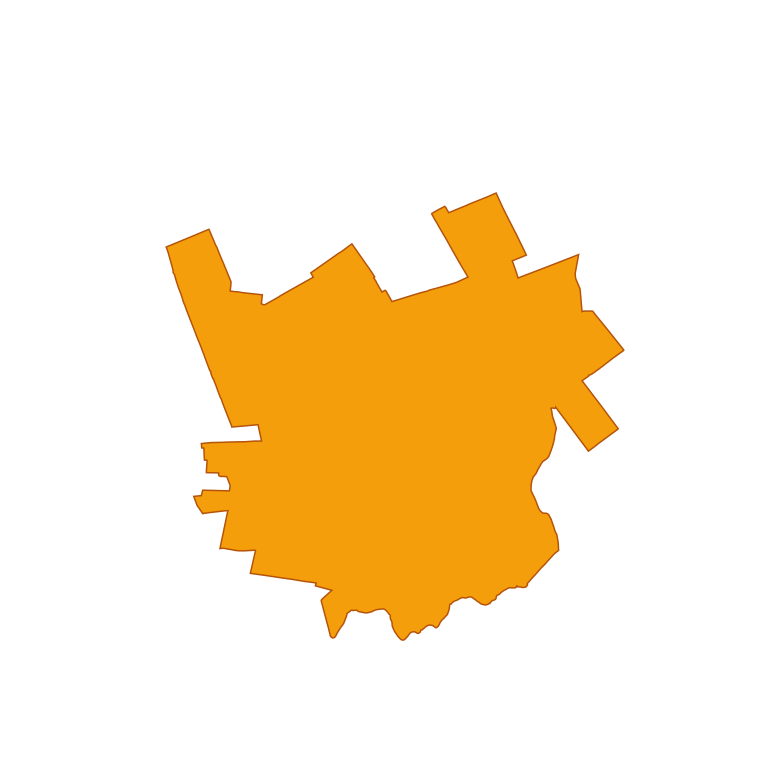 Ileana, Calarasi, Romania (orthographic projection), rotated 319°
{"feature_id": "2599482B99093410988413", "entity_name": "Ileana", "entity_type": "district", "adm_level": 2, "iso_a3": "ROU", "parent_name": "Romania", "parent_adm1": "Calarasi", "projection": "orthographic", "projection_center": [26.682, 44.52], "detail": "fine", "context": "isolated", "style": "filled", "palette": "amber", "viewbox_px": 768, "rotation_deg": 319, "n_neighbors": 0, "source": "geoboundaries", "source_scale": "gbopen_adm2", "svg_char_len": 6147}
<svg xmlns="http://www.w3.org/2000/svg" viewBox="0 0 768 768"><g transform="rotate(319 384 384)"><path d="M531.4,571.5L533.6,542.3L534.3,531.1L535.6,511.6L536.7,511.6L543.7,512.3L544.2,511.6L545.6,512.4L547.8,512.9L554.7,513.5L554.9,513.6L573.8,514.7L586.8,515.9L587.2,515.7L587.3,515.5L588.5,486.6L589.0,470.4L589.3,465.9L583.1,460.4L582.3,459.8L580.9,459.3L592.9,442.9L594.3,440.9L594.5,440.5L595.5,437.3L597.8,430.3L598.8,428.7L600.5,426.4L600.8,426.0L611.8,417.2L615.0,414.6L615.8,414.0L584.8,402.9L554.7,391.9L557.1,386.7L557.8,384.9L561.6,375.2L576.0,380.1L578.3,371.6L578.6,371.2L578.6,370.4L578.9,369.4L582.5,356.3L582.6,355.5L587.7,335.0L589.4,328.6L593.9,313.4L584.6,310.5L569.8,305.3L564.5,303.6L564.4,303.7L553.7,300.0L549.5,298.7L546.1,297.4L545.3,297.3L545.7,294.6L546.4,291.6L546.4,290.6L546.4,289.8L543.1,289.0L538.9,288.0L532.0,286.7L531.8,286.7L531.6,286.9L529.7,295.7L529.7,296.1L529.7,296.7L528.9,300.0L525.8,316.4L523.2,328.6L520.7,341.1L519.0,350.4L517.5,358.4L505.2,354.8L496.8,351.1L479.4,342.7L478.4,342.6L470.5,338.7L444.1,327.0L446.5,315.4L446.5,314.6L446.4,314.2L446.0,313.9L442.8,313.2L444.9,302.4L445.3,301.5L445.9,297.1L447.2,297.1L448.2,290.5L449.0,283.0L451.7,257.2L437.2,256.0L436.7,255.7L401.7,252.1L400.6,257.0L374.6,251.6L363.1,249.3L362.1,249.3L346.5,246.1L345.9,245.8L344.9,244.8L344.1,243.0L350.7,236.9L337.5,222.6L333.7,218.0L333.3,217.8L329.5,213.7L328.9,213.0L334.2,208.0L335.6,206.5L339.4,195.3L341.0,190.5L341.5,189.1L341.8,188.2L345.1,178.0L347.2,172.2L347.7,170.5L348.0,168.9L353.4,152.4L317.1,140.3L309.5,137.7L307.6,142.6L301.1,156.3L299.6,159.4L297.9,161.7L297.8,162.1L297.8,162.9L297.7,163.8L297.0,165.3L295.3,168.9L294.2,171.4L293.5,173.1L291.8,177.1L291.1,179.3L288.8,185.2L286.9,189.5L286.7,189.8L286.0,191.8L284.7,195.5L283.7,197.9L282.3,201.9L279.9,208.4L279.8,208.7L277.3,215.9L273.1,227.3L271.4,232.5L269.8,237.0L267.0,244.5L265.2,249.2L261.3,259.7L261.5,260.7L261.4,260.9L260.8,261.6L259.9,263.4L259.1,265.7L258.5,267.2L258.4,267.8L258.6,268.7L258.4,269.0L258.1,269.3L257.7,270.5L255.9,275.6L253.4,281.9L251.4,287.6L251.3,288.8L250.5,290.5L249.6,292.8L246.0,302.8L245.8,303.3L242.1,313.9L241.4,315.8L240.9,316.6L242.5,317.8L262.2,332.1L254.2,346.7L251.5,344.5L249.7,342.8L241.5,336.6L228.8,326.0L224.5,322.6L215.1,314.8L207.1,309.1L204.5,312.7L206.0,314.2L198.6,323.5L198.7,323.9L200.3,325.1L200.4,325.4L200.3,325.7L192.7,333.3L191.8,334.4L197.8,339.8L200.8,342.6L199.4,344.5L199.3,345.2L199.5,345.7L199.9,346.4L204.4,350.5L204.5,350.9L201.4,359.4L201.0,360.0L197.2,363.2L195.9,362.0L177.5,345.2L175.1,346.8L172.9,348.4L166.7,344.0L165.5,347.1L163.2,353.4L162.4,361.1L162.1,362.8L162.2,363.1L162.5,363.0L162.9,363.1L164.1,364.1L167.1,366.0L180.7,375.3L183.1,377.1L152.2,400.6L153.0,401.1L153.6,401.5L155.2,402.8L155.8,403.5L156.6,404.5L157.4,405.6L160.6,409.4L162.7,412.2L164.8,414.4L168.7,417.9L177.7,424.9L177.8,425.4L158.9,439.2L168.4,450.1L180.1,463.8L185.7,470.2L194.2,480.5L199.6,486.5L200.9,488.1L202.3,489.7L199.8,491.3L209.3,505.5L197.3,505.7L195.1,505.9L194.6,506.2L194.2,506.8L193.1,509.0L184.3,526.9L182.2,531.3L178.2,539.0L178.1,539.5L178.2,540.6L178.5,541.7L179.4,542.5L180.6,542.8L181.6,542.7L183.4,542.1L184.8,541.4L189.9,539.8L192.9,539.0L194.1,538.9L195.2,538.6L196.9,538.0L197.7,537.6L201.8,535.4L203.0,534.9L204.0,534.2L205.2,533.1L206.6,533.0L208.6,533.2L210.5,533.2L211.1,533.5L211.5,533.9L211.8,534.5L213.3,535.4L213.8,535.9L214.7,536.5L215.2,537.4L215.2,537.7L215.2,538.4L215.5,539.1L219.6,544.3L220.2,544.9L221.2,545.7L223.4,546.9L225.1,547.7L228.6,548.7L230.6,549.6L234.6,552.2L236.1,553.6L236.8,555.0L237.1,558.1L236.8,560.4L236.9,561.6L237.0,562.2L236.8,563.0L235.6,564.2L234.8,565.5L234.0,568.3L233.7,569.0L232.0,571.3L231.4,572.2L230.7,574.1L229.8,577.1L229.4,579.8L229.4,580.4L229.3,581.4L229.0,582.6L229.0,583.7L229.0,585.9L229.1,587.4L229.3,588.3L229.6,588.9L230.1,589.5L231.0,590.2L232.0,590.4L236.2,590.0L240.0,589.1L241.3,589.2L242.6,589.6L244.5,591.1L244.9,591.7L245.6,594.0L245.9,594.5L246.6,594.8L247.8,595.0L248.6,595.0L249.9,594.1L250.8,594.1L251.5,594.6L251.8,594.6L256.2,594.6L258.0,594.8L259.8,595.5L260.4,596.0L261.2,596.8L261.9,597.7L262.1,598.2L262.5,598.6L262.8,600.1L262.8,600.7L263.1,601.9L263.4,602.2L264.1,602.4L266.0,602.5L266.9,602.0L267.6,601.9L270.3,600.7L273.1,600.1L275.9,600.1L276.6,599.9L278.3,599.7L278.7,599.7L278.9,599.8L279.2,599.9L281.9,598.9L282.6,598.4L283.7,597.8L284.0,597.6L284.6,597.3L284.9,597.0L285.0,597.0L287.2,595.2L288.6,593.8L289.2,593.5L290.1,593.9L290.4,594.2L292.0,593.8L294.1,593.9L295.5,594.3L296.5,594.8L298.6,595.4L299.0,595.4L299.3,595.6L300.5,595.6L303.4,596.8L303.8,597.4L304.1,597.9L304.5,598.3L304.7,598.6L305.6,599.4L307.3,600.0L309.6,601.3L310.1,602.2L310.4,602.8L311.6,607.5L311.6,608.2L311.9,609.4L312.6,611.4L312.6,612.4L312.8,613.1L313.1,613.9L313.7,614.9L315.2,616.9L316.0,617.6L316.8,618.0L318.2,618.5L319.2,618.5L319.7,619.1L320.1,619.1L320.6,618.8L321.0,618.7L322.1,618.6L323.2,618.5L326.4,619.6L327.2,619.6L327.9,619.3L328.8,618.4L330.5,617.7L330.9,617.7L332.7,618.3L333.7,618.4L335.2,618.1L339.0,618.5L341.8,619.2L343.2,619.4L344.5,619.8L345.1,620.1L348.3,623.2L349.2,623.8L349.8,624.1L350.8,624.1L351.7,623.3L351.9,623.4L351.9,623.5L352.0,624.7L352.1,625.1L352.3,625.3L353.3,626.2L354.0,626.9L354.3,627.5L355.1,628.5L356.2,629.4L357.9,630.3L360.4,629.9L361.0,629.0L361.3,628.6L366.7,627.9L367.6,627.7L373.8,627.1L382.2,625.9L382.9,625.9L388.1,625.5L390.7,625.1L400.0,624.0L401.1,623.9L404.8,624.0L405.4,624.1L406.7,624.1L407.8,622.6L411.2,618.3L415.6,611.1L416.5,607.4L418.3,603.4L421.5,595.4L422.6,590.4L421.8,588.2L419.1,585.5L418.6,581.7L419.4,578.6L420.7,575.0L422.1,571.3L423.1,568.2L423.8,565.4L425.1,560.8L428.2,557.3L431.9,554.2L435.3,552.2L440.0,551.3L444.7,549.3L450.4,547.3L452.8,546.7L457.1,547.1L458.9,547.2L460.9,546.7L465.9,544.1L470.7,541.3L473.8,539.2L476.8,537.0L479.3,534.7L484.8,530.7L486.3,527.7L488.1,523.4L490.2,518.4L492.5,515.0L494.1,511.9L495.5,512.7L495.8,513.0L496.2,513.7L496.9,514.5L497.4,514.6L498.0,514.6L498.3,514.3L494.4,567.1L494.2,568.8L504.4,569.6L505.4,569.5L530.7,571.5L531.4,571.5Z" fill="#f59e0b" stroke="#b45309" stroke-width="1.5"/></g></svg>